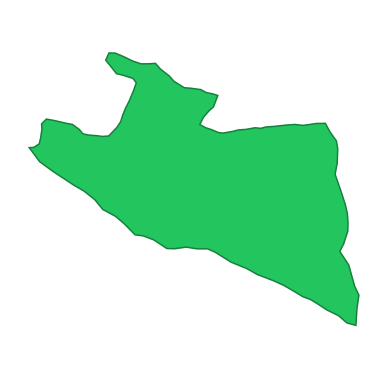 Livera, Cyprus, rotated 176°
{"feature_id": "46923920B2893427374385", "entity_name": "Livera", "entity_type": "district", "adm_level": 2, "iso_a3": "CYP", "parent_name": "Cyprus", "parent_adm1": "", "projection": "equal_earth", "projection_center": [32.951, 35.381], "detail": "fine", "context": "isolated", "style": "filled", "palette": "green", "viewbox_px": 384, "rotation_deg": 176, "n_neighbors": 0, "source": "geoboundaries", "source_scale": "gbopen_adm2", "svg_char_len": 1518}
<svg xmlns="http://www.w3.org/2000/svg" viewBox="0 0 384 384"><g transform="rotate(176 192 192)"><path d="M351.3,247.6L341.9,232.9L328.8,221.8L321.5,216.3L309.1,206.8L299.7,200.5L289.5,191.1L282.2,180.8L269.8,172.9L261.8,165.0L251.7,153.2L243.7,151.6L233.5,146.9L221.1,137.4L213.8,136.6L201.5,137.4L191.3,135.0L180.4,134.2L173.1,130.3L166.6,125.6L157.8,119.2L143.3,112.1L132.4,105.0L117.1,97.9L106.9,92.4L95.3,84.5L88.7,79.8L81.5,76.6L74.9,71.9L65.5,64.8L54.6,58.5L46.6,50.6L37.8,47.5L35.6,64.0L32.7,77.4L36.4,86.9L38.6,97.9L40.7,108.2L48.7,122.4L44.4,129.5L39.3,142.1L38.5,150.8L38.5,159.5L40.0,169.0L42.9,180.8L48.0,199.7L45.1,210.8L43.6,225.0L44.4,232.9L50.2,242.4L54.2,251.2L63.1,251.7L69.6,251.2L76.6,250.7L84.5,252.2L93.8,252.2L105.9,251.7L113.8,251.7L119.0,250.7L124.5,251.7L133.9,250.7L141.3,250.7L147.4,249.6L157.1,248.6L161.8,249.6L167.8,252.7L173.9,255.2L179.5,258.7L175.3,265.8L169.2,271.9L164.6,275.4L159.5,286.5L164.6,288.5L170.6,290.1L176.2,293.6L186.0,295.6L192.5,296.6L202.3,303.7L206.5,309.3L214.9,316.8L219.5,322.9L225.6,322.9L233.9,323.4L242.3,326.9L248.4,330.5L254.0,333.5L259.1,336.0L265.1,336.5L268.9,329.5L265.6,324.9L259.1,315.3L252.6,313.3L242.8,309.3L240.0,304.7L243.3,297.1L248.4,287.0L252.6,280.0L255.8,273.4L258.2,267.3L262.3,261.8L271.2,253.7L277.7,253.7L282.4,254.7L292.1,256.2L296.8,257.7L300.1,262.3L306.6,267.8L312.6,269.3L324.3,272.9L332.2,274.9L337.3,270.4L337.3,265.3L339.2,256.7L341.0,250.7L346.6,247.6L351.3,247.6Z" fill="#22c55e" stroke="#15803d" stroke-width="1.5"/></g></svg>